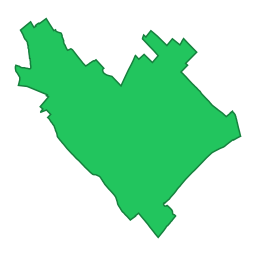 the district of Mileanca, Botosani, Romania
{"feature_id": "2599482B95584741287260", "entity_name": "Mileanca", "entity_type": "district", "adm_level": 2, "iso_a3": "ROU", "parent_name": "Romania", "parent_adm1": "Botosani", "projection": "orthographic", "projection_center": [26.724, 48.084], "detail": "fine", "context": "isolated", "style": "filled", "palette": "green", "viewbox_px": 256, "rotation_deg": 0, "n_neighbors": 0, "source": "geoboundaries", "source_scale": "gbopen_adm2", "svg_char_len": 5463}
<svg xmlns="http://www.w3.org/2000/svg" viewBox="0 0 256 256"><path d="M175.6,216.0L175.1,215.4L174.6,215.0L174.1,214.7L173.2,214.4L172.9,214.1L172.6,213.2L172.5,212.2L172.4,211.1L172.2,210.8L171.8,210.4L171.7,210.2L171.7,209.8L171.6,209.6L171.1,209.2L170.8,208.9L170.3,208.4L169.7,207.7L169.3,207.4L168.0,206.2L167.8,206.0L167.7,206.0L167.3,205.5L167.2,205.5L166.9,205.7L166.7,205.6L166.3,205.8L166.1,206.1L165.9,206.1L165.5,206.1L165.0,206.2L164.8,206.2L164.7,206.1L164.4,205.9L164.1,205.4L163.7,204.8L163.6,204.5L163.6,204.2L163.6,203.7L163.9,203.4L164.0,203.2L164.0,202.9L164.6,202.6L164.9,202.7L165.0,202.9L166.1,201.8L167.8,200.3L168.1,200.1L168.3,199.8L169.2,199.2L169.7,198.6L170.2,197.8L170.6,197.3L174.0,193.5L175.7,191.4L177.2,189.2L178.6,187.5L179.9,186.2L181.2,184.5L185.6,179.3L192.1,172.5L194.5,170.3L197.8,166.9L206.5,157.8L211.0,153.6L211.6,153.0L213.0,152.1L215.4,150.8L220.3,148.3L223.3,147.1L224.6,146.3L226.6,144.6L229.0,142.7L232.7,139.9L233.4,139.7L233.6,140.0L234.1,139.7L237.1,138.0L240.6,136.2L240.4,135.8L240.3,135.3L240.1,134.5L239.5,131.9L238.5,128.1L238.2,126.9L237.2,122.5L237.0,122.0L236.6,119.9L235.9,117.5L235.8,116.7L235.7,116.4L235.2,115.2L235.1,114.7L234.8,114.3L234.4,113.7L234.2,113.4L232.9,112.1L232.6,111.5L232.5,111.2L230.5,112.7L230.7,113.0L226.2,116.6L222.4,113.1L222.0,112.8L217.8,109.7L217.4,109.3L212.9,105.8L211.7,104.7L211.3,104.3L211.2,104.0L210.6,103.4L209.7,102.4L209.6,102.2L208.8,101.2L208.0,100.4L207.4,100.0L207.4,99.9L207.3,99.7L205.9,98.3L204.0,96.3L202.1,94.3L201.4,93.5L201.0,92.9L200.4,91.9L200.0,91.3L199.2,90.6L198.9,90.4L198.4,89.9L197.2,88.6L196.8,88.1L196.2,87.5L195.0,86.5L194.4,85.8L193.1,84.5L192.7,84.2L189.7,81.0L188.5,79.7L186.7,77.7L186.2,77.1L185.2,76.1L184.4,75.3L182.8,73.6L181.3,72.3L181.0,72.0L187.6,65.2L185.6,63.4L196.7,52.2L187.6,42.9L183.6,38.6L182.3,40.6L181.2,42.8L179.9,44.9L172.4,38.8L166.9,45.5L157.4,36.2L153.8,33.1L150.9,30.7L145.9,37.0L143.7,35.0L142.6,38.1L142.5,38.8L142.6,39.1L142.9,39.2L143.7,40.1L149.8,46.6L153.6,50.5L158.2,55.7L152.4,62.5L144.1,54.4L138.8,59.2L135.5,55.5L135.3,55.7L135.0,56.3L134.0,58.7L133.1,60.8L131.0,65.1L128.5,69.8L124.4,78.5L121.0,85.9L111.9,76.4L110.6,76.1L108.0,75.4L106.5,74.9L105.2,74.1L103.7,73.0L103.0,71.8L102.6,70.2L102.7,69.4L103.4,68.6L103.8,68.3L96.0,59.8L95.3,60.3L94.5,60.9L94.3,61.0L94.0,60.8L93.8,60.8L93.5,60.8L92.0,61.7L91.2,62.3L89.7,63.2L89.2,63.7L88.2,64.4L86.2,65.7L85.7,66.0L82.8,63.0L82.2,62.2L81.6,61.4L77.4,56.2L73.7,51.4L72.6,50.0L72.3,49.7L71.2,49.0L70.9,48.8L67.7,50.3L67.4,50.1L66.0,47.5L65.0,45.1L64.2,44.0L64.0,43.5L63.5,41.6L63.7,41.3L63.7,40.9L63.6,40.4L63.4,39.9L63.2,39.4L62.7,38.0L62.3,37.3L62.1,36.7L62.1,36.0L62.1,35.6L61.7,34.4L61.2,33.3L61.0,33.1L60.8,33.0L57.7,32.1L56.9,31.7L56.0,31.1L55.8,30.9L55.7,30.7L55.5,29.8L53.8,30.6L49.3,23.6L46.2,18.6L39.4,23.6L39.2,23.3L39.1,23.2L38.6,23.5L38.4,23.3L36.5,24.6L35.5,25.5L35.9,26.1L34.0,27.5L32.4,24.9L30.6,21.8L26.9,24.8L20.5,30.1L20.7,30.4L20.9,30.6L21.2,31.5L21.5,31.7L21.7,32.1L21.9,32.6L22.5,33.8L22.8,34.2L23.1,34.5L23.1,35.1L23.6,36.1L23.9,36.8L24.1,37.6L24.6,38.3L25.1,39.3L25.6,39.8L26.1,40.1L26.4,40.8L26.7,41.2L27.4,42.3L27.5,42.7L27.5,43.7L27.8,44.7L27.9,45.3L28.1,45.4L28.3,45.6L28.1,46.0L28.1,46.4L28.2,46.6L28.1,47.8L28.3,48.4L28.7,49.4L28.8,49.9L28.8,50.6L28.8,51.4L29.2,54.6L29.4,55.7L29.6,58.4L30.1,58.6L30.0,59.0L30.1,59.5L30.1,59.8L30.2,60.4L30.2,60.9L30.3,61.2L30.4,61.5L30.5,61.8L30.4,62.5L30.4,64.0L30.8,66.2L30.8,67.2L30.8,68.0L30.4,68.5L29.8,68.9L29.0,68.8L27.2,68.3L26.5,68.3L25.3,68.0L24.0,67.7L23.2,67.8L22.1,67.7L20.9,67.4L19.1,66.2L18.3,66.1L16.7,65.5L16.2,65.4L15.9,65.3L15.7,66.0L15.4,66.7L15.4,67.3L15.4,68.3L15.6,69.7L15.8,70.8L16.1,71.6L16.8,72.4L17.1,72.8L18.5,75.1L19.6,77.0L19.8,77.5L19.8,78.8L19.8,79.9L19.5,81.0L19.0,83.1L18.4,85.4L19.3,85.5L27.1,86.4L47.2,94.7L46.5,95.5L47.0,95.7L46.8,95.9L47.2,96.1L47.3,96.0L48.5,96.8L47.9,97.6L40.2,106.7L42.8,109.0L41.7,110.4L41.3,110.9L40.9,111.6L40.7,112.0L40.8,112.2L46.5,110.0L50.7,114.4L47.7,117.5L48.9,118.6L49.3,119.1L50.4,120.8L50.8,121.5L51.2,122.1L51.7,122.5L52.9,124.4L53.4,125.0L53.8,125.5L54.0,125.8L54.3,126.4L54.6,127.6L55.2,128.8L55.3,129.3L55.4,130.0L55.6,130.6L55.9,131.2L56.4,132.3L56.7,132.9L57.1,134.7L57.3,136.1L57.4,136.6L57.6,136.9L57.9,137.3L60.2,140.3L61.4,141.6L61.7,142.1L62.3,142.8L62.8,143.4L63.4,144.0L64.2,145.0L65.0,146.0L65.8,147.0L67.1,148.6L69.5,151.2L71.9,153.8L72.8,154.6L74.1,156.0L76.1,158.2L77.4,159.4L78.6,160.4L79.4,161.2L82.4,164.4L84.0,166.0L84.4,166.6L85.4,167.5L86.6,168.7L87.4,169.4L89.0,171.0L89.9,171.9L91.1,173.0L92.5,174.1L92.8,174.3L93.2,174.5L93.9,174.6L95.7,174.7L95.9,174.7L97.1,175.3L99.1,176.2L99.6,176.5L99.9,176.8L100.4,177.4L101.2,178.6L101.5,179.2L102.0,179.8L102.3,180.2L102.5,180.8L103.4,182.0L104.8,184.3L105.4,185.0L107.1,187.0L108.8,189.0L109.4,189.6L110.1,190.3L112.8,193.3L114.4,195.2L115.7,197.1L115.8,197.3L116.3,198.8L117.3,201.9L117.5,203.0L117.6,203.5L117.7,204.0L117.9,204.4L118.2,205.0L118.5,205.6L120.1,208.1L120.8,209.3L122.0,211.2L122.3,211.6L122.6,211.9L122.9,212.2L123.3,212.4L123.6,212.7L124.6,213.9L125.4,214.8L127.4,216.7L127.9,217.3L128.7,218.2L130.1,219.7L130.3,220.0L135.5,216.2L135.3,215.9L138.6,213.2L141.5,216.7L144.9,220.7L145.6,221.6L147.8,224.2L149.9,227.1L153.2,231.2L155.4,234.1L158.2,237.4L163.8,230.5L165.8,227.7L166.5,226.4L166.8,226.1L167.6,225.7L168.5,224.6L169.9,223.1L170.6,222.0L171.9,220.7L172.5,219.8L175.6,216.0Z" fill="#22c55e" stroke="#15803d" stroke-width="1.5"/></svg>